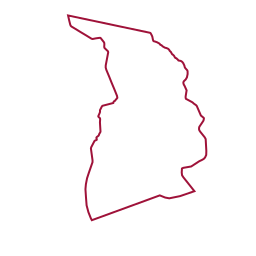 the border of Illizi, rotated 192°
{"feature_id": "DZA-2188", "entity_name": "Illizi", "entity_type": "Province", "adm_level": 1, "iso_a3": "DZA", "parent_name": "Algeria", "parent_adm1": "", "projection": "robinson", "projection_center": [8.244, 27.011], "detail": "fine", "context": "isolated", "style": "outline", "palette": "rose", "viewbox_px": 256, "rotation_deg": 192, "n_neighbors": 0, "source": "natural_earth", "source_scale": "10m", "svg_char_len": 2715}
<svg xmlns="http://www.w3.org/2000/svg" viewBox="0 0 256 256"><g transform="rotate(192 128 128)"><path d="M144.2,30.3L145.6,32.0L149.2,37.4L152.4,43.7L154.7,51.5L156.9,59.3L157.5,64.3L157.6,70.4L157.0,75.9L155.6,87.2L156.0,89.1L160.0,100.2L160.0,101.5L159.9,101.8L158.1,108.3L157.6,108.9L156.8,109.4L156.2,109.9L156.2,110.6L156.7,111.3L156.9,112.0L156.7,112.6L155.5,114.0L155.1,114.6L154.8,116.6L154.3,117.8L154.2,118.4L154.2,118.9L156.6,127.6L157.1,130.9L157.4,131.6L157.7,131.9L158.9,132.6L159.4,133.0L159.5,133.5L158.8,136.9L158.7,138.0L159.0,139.0L159.1,139.6L158.0,143.8L157.4,144.5L147.6,149.4L147.6,150.0L147.5,150.6L147.3,151.1L146.3,152.0L145.8,153.3L145.4,153.8L144.7,155.3L145.4,157.1L149.3,162.9L153.6,169.1L157.0,174.2L161.3,180.4L162.4,182.5L162.8,184.6L162.9,188.8L163.0,193.4L163.1,197.9L163.5,198.8L167.6,201.4L168.1,202.3L168.6,205.3L169.0,206.4L169.5,207.0L173.2,210.1L173.7,210.4L174.8,210.2L178.1,209.0L181.1,207.7L181.8,207.7L182.4,207.8L187.7,209.7L194.4,212.0L203.2,215.1L204.4,215.5L205.3,216.1L206.0,217.1L208.0,221.2L210.0,225.6L126.3,225.7L125.9,225.6L125.7,225.5L125.5,225.3L124.7,224.4L123.9,223.4L123.2,222.4L122.0,219.6L121.7,219.1L121.4,218.6L121.2,218.4L120.6,218.2L120.4,218.2L119.6,218.2L117.4,217.9L114.8,217.1L114.6,217.0L113.8,216.2L113.6,216.1L112.9,216.0L112.7,216.0L112.2,215.8L111.2,215.1L109.1,214.4L108.4,214.2L107.0,214.2L105.2,213.8L105.0,213.7L104.1,213.1L103.8,212.8L103.2,212.1L102.9,211.9L102.4,211.6L102.0,211.4L100.3,209.5L100.1,209.3L99.4,209.1L98.1,208.3L97.8,208.0L97.5,207.6L96.8,206.8L96.6,206.7L96.1,206.3L95.8,206.3L95.4,206.3L95.2,206.3L95.1,206.2L94.9,206.1L94.5,205.8L94.3,205.7L94.2,205.6L93.9,205.5L93.7,205.4L93.0,204.8L92.8,204.6L92.6,204.6L92.4,204.5L91.1,204.6L90.0,204.5L88.8,204.0L88.6,203.9L88.0,203.3L87.4,202.9L87.1,202.5L86.8,202.0L85.9,200.9L85.2,199.4L84.8,198.9L84.3,198.4L82.5,197.1L82.0,196.7L81.7,196.2L81.5,195.8L80.9,193.2L80.9,189.7L81.0,189.4L81.1,189.2L81.6,187.6L81.7,187.4L83.0,185.5L83.1,185.2L83.2,184.9L83.3,184.6L83.3,184.3L83.3,184.0L83.2,183.6L83.1,183.3L82.8,182.7L82.4,182.0L81.6,181.2L78.5,177.0L78.2,170.9L77.9,169.5L77.4,168.6L70.6,166.6L69.7,166.2L69.0,165.7L66.0,164.4L65.8,164.2L65.6,164.1L65.2,163.7L59.4,155.5L59.2,155.3L56.3,153.8L56.1,153.6L55.9,153.5L55.8,153.3L55.7,152.9L55.7,152.4L55.7,151.4L55.8,150.7L56.1,149.9L58.4,144.2L58.5,143.7L58.5,143.4L58.5,142.9L58.4,142.3L58.2,141.4L57.7,140.5L56.6,139.4L51.2,135.0L50.1,133.8L49.8,133.4L49.7,133.1L49.6,132.9L46.6,121.8L45.9,117.9L46.5,115.2L47.5,113.5L49.3,111.9L51.3,110.4L58.2,103.5L65.7,100.5L66.8,99.6L66.2,95.6L65.3,93.0L63.6,91.3L49.9,80.0L62.9,72.2L73.0,67.8L77.2,67.7L82.9,68.7L144.2,30.3Z" fill="none" stroke="#9f1239" stroke-width="2"/></g></svg>